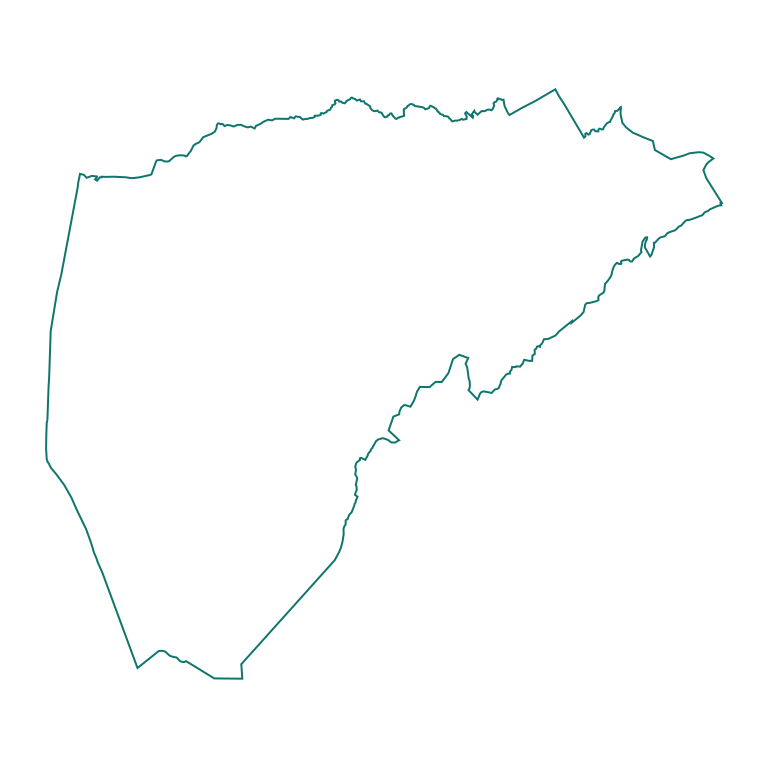 Huixquilucan, México, Mexico (Mercator projection)
{"feature_id": "50627088B22281598163621", "entity_name": "Huixquilucan", "entity_type": "district", "adm_level": 2, "iso_a3": "MEX", "parent_name": "Mexico", "parent_adm1": "México", "projection": "mercator", "projection_center": [-99.319, 19.371], "detail": "fine", "context": "isolated", "style": "outline", "palette": "teal", "viewbox_px": 768, "rotation_deg": 0, "n_neighbors": 0, "source": "geoboundaries", "source_scale": "gbopen_adm2", "svg_char_len": 6066}
<svg xmlns="http://www.w3.org/2000/svg" viewBox="0 0 768 768"><path d="M137.5,668.0L158.8,651.0L162.1,650.8L164.2,651.2L165.5,651.8L169.4,655.5L171.8,656.5L176.8,657.6L179.6,660.7L180.9,661.5L183.2,662.1L184.7,661.9L186.0,661.1L214.2,678.4L242.3,678.7L241.3,664.2L334.7,560.2L339.0,552.3L341.0,547.5L342.6,541.2L343.7,534.0L343.5,528.9L344.4,526.1L345.6,524.6L345.7,520.3L347.7,519.0L349.1,515.0L351.6,512.3L353.9,506.6L354.8,503.6L355.6,502.5L355.8,500.8L357.5,496.7L355.0,494.8L355.4,493.0L356.8,489.7L356.5,486.2L355.8,485.0L357.3,478.0L355.2,474.3L356.0,469.8L355.3,466.7L355.9,464.2L356.7,462.4L359.9,460.0L360.0,458.2L361.0,457.8L365.3,459.9L367.5,455.8L368.0,454.1L369.7,451.8L370.7,450.9L370.8,449.6L372.3,447.9L376.0,441.2L378.0,439.6L382.4,438.2L385.1,438.8L388.4,440.2L391.0,442.3L395.0,442.6L397.5,441.1L399.1,440.3L388.6,430.4L393.4,416.6L399.2,414.3L399.5,411.4L401.3,407.4L404.4,404.9L410.4,406.7L413.9,400.8L415.8,395.8L416.9,391.9L419.8,386.9L429.6,387.1L435.5,381.9L441.7,382.0L448.4,373.2L453.0,359.1L459.3,354.8L468.2,358.0L465.6,363.8L467.2,367.4L468.8,379.1L469.6,381.1L469.9,386.1L469.5,388.4L468.5,390.1L477.6,399.6L480.0,393.7L481.1,392.4L482.1,391.8L483.9,391.4L491.7,392.9L495.0,389.4L496.3,389.2L498.6,388.2L500.6,383.6L501.3,380.5L506.1,374.6L507.8,373.7L509.8,373.7L510.2,371.3L511.4,370.1L512.1,367.0L515.7,367.1L516.3,366.3L520.1,366.6L522.6,363.7L524.2,359.8L529.4,360.9L532.2,360.8L532.4,355.6L534.8,354.0L534.6,350.3L534.9,349.5L535.7,349.2L536.4,348.2L536.9,346.7L537.3,346.4L538.3,346.2L540.0,346.8L540.1,345.4L542.1,343.4L544.0,339.2L548.3,338.9L555.5,335.5L559.2,331.3L571.9,321.1L571.7,322.8L581.5,314.7L581.9,313.8L583.5,312.3L585.3,304.5L586.7,303.2L589.1,303.0L595.7,301.4L598.4,300.2L598.5,299.1L598.2,297.5L598.8,295.9L599.7,295.0L603.6,292.6L604.4,290.3L605.0,284.0L608.0,280.5L610.0,277.7L611.3,275.4L612.6,269.9L614.0,266.2L615.6,264.1L616.8,262.9L617.3,262.9L618.8,263.9L620.9,264.0L621.2,263.7L621.3,263.1L621.0,261.7L621.6,260.8L626.4,259.8L627.8,259.6L628.8,259.8L630.0,261.2L630.5,261.5L632.3,261.3L633.9,258.5L638.2,256.0L641.5,252.0L640.9,250.7L642.5,242.0L643.1,240.7L645.4,237.6L647.1,237.3L646.8,239.7L645.9,241.1L644.9,244.9L644.9,247.4L650.1,256.5L651.3,255.2L654.0,247.3L653.9,242.8L654.9,242.8L658.8,238.5L660.9,237.2L665.0,236.2L667.1,233.4L669.6,232.1L674.8,230.4L676.4,229.2L678.4,226.9L681.1,225.6L685.6,220.7L687.0,220.1L688.8,220.0L692.6,218.9L702.4,215.1L704.6,212.5L705.9,211.7L707.4,211.3L710.2,209.2L716.3,206.5L719.1,205.5L721.3,205.3L720.5,203.2L721.9,203.0L706.3,178.2L703.4,170.1L706.2,164.7L708.3,162.2L713.4,158.5L709.8,156.1L703.3,152.6L698.6,152.2L689.5,153.3L683.8,155.5L670.9,159.2L654.9,150.0L652.9,141.0L644.6,137.8L632.7,132.6L626.1,127.4L622.4,122.9L620.6,114.3L620.6,110.2L621.0,108.6L620.9,107.1L620.0,107.6L618.8,109.4L617.2,110.9L615.9,110.8L614.9,111.3L614.8,112.8L613.1,114.9L613.1,115.8L610.6,120.3L610.1,121.9L609.0,122.1L606.8,123.4L603.8,127.3L603.2,129.2L601.7,129.5L600.5,128.8L599.2,128.7L598.4,129.9L598.3,131.4L595.3,131.2L594.2,129.6L592.6,129.6L591.2,130.3L589.7,134.1L588.4,134.6L586.4,133.1L585.4,133.7L585.3,136.6L584.0,137.6L564.0,103.8L558.7,95.7L555.3,89.3L535.3,101.0L522.3,107.7L509.5,115.0L508.2,113.4L507.2,111.6L504.6,106.1L503.5,99.7L501.8,99.9L500.7,99.2L497.8,98.3L497.2,99.0L497.6,99.9L495.8,101.8L494.4,102.2L493.5,103.4L494.2,105.7L492.4,109.5L491.4,110.3L489.7,109.6L487.5,109.7L485.3,110.9L484.2,111.2L481.8,111.0L477.5,114.7L474.8,112.2L474.3,110.8L471.8,114.2L473.1,116.0L472.8,117.7L466.3,112.0L465.1,113.4L466.7,116.4L466.5,119.0L462.9,119.7L461.6,118.9L459.3,120.1L457.3,120.6L454.9,120.6L452.9,121.3L452.1,121.3L451.7,120.9L450.5,119.2L449.4,118.5L448.3,116.8L446.0,116.1L443.9,116.2L443.0,114.8L440.1,114.0L439.7,113.7L439.5,112.7L437.5,111.4L437.3,110.3L436.4,109.5L435.9,108.5L434.6,108.1L433.9,107.3L430.6,105.8L430.2,105.8L428.9,108.1L425.4,109.3L423.9,107.8L422.7,107.3L414.6,105.9L414.4,105.4L412.2,104.1L410.0,104.2L408.5,105.6L407.6,105.9L406.7,107.5L404.1,109.1L403.7,110.5L404.0,111.3L403.8,112.1L404.1,115.8L401.2,116.8L400.3,116.9L399.1,117.6L398.4,117.5L396.5,118.9L395.4,118.6L393.3,116.4L391.4,113.4L390.2,113.5L389.1,114.9L387.7,115.5L387.5,116.5L385.3,117.3L384.5,117.1L382.5,114.6L382.0,113.2L380.9,112.4L379.2,112.4L377.5,110.6L375.1,111.2L373.8,111.0L372.0,110.1L370.3,107.9L370.2,106.4L366.4,103.8L365.3,103.7L364.0,101.3L361.0,101.3L360.0,99.5L357.9,100.3L356.6,100.5L355.3,99.1L352.9,98.3L352.0,97.6L351.1,97.7L350.0,99.2L346.3,101.1L346.0,101.9L344.8,103.3L342.5,102.8L341.2,101.5L339.0,101.5L338.6,100.3L337.0,99.8L334.9,100.7L334.9,102.1L335.5,103.1L334.8,104.3L332.3,105.2L332.0,106.9L331.1,107.5L330.1,109.7L327.2,110.8L326.5,112.0L323.5,113.6L322.1,113.1L320.8,113.3L320.7,114.7L320.4,115.0L318.8,115.5L314.7,115.8L314.7,116.9L313.3,117.7L309.4,118.1L307.9,118.9L306.8,118.8L303.6,119.3L303.1,119.6L301.5,118.6L300.1,117.1L295.6,116.4L294.1,118.3L290.4,117.0L288.6,118.9L275.2,118.7L272.0,120.4L268.0,119.7L263.5,121.8L260.6,123.8L256.0,125.9L254.6,128.5L250.8,126.6L247.7,127.4L243.8,126.2L241.0,124.8L237.6,124.9L233.7,126.5L229.9,125.3L227.1,125.0L224.6,126.1L222.5,123.9L220.5,124.3L219.5,123.4L218.0,123.5L217.1,124.5L216.7,125.9L216.6,127.9L214.8,131.7L211.5,133.8L203.2,137.2L199.9,141.6L198.9,142.5L195.3,144.1L194.8,144.7L193.5,145.5L190.9,150.8L186.8,156.2L185.8,156.3L184.7,155.6L182.2,155.3L178.3,155.4L176.7,155.7L175.0,156.2L173.1,157.5L169.2,161.1L167.8,161.5L164.4,161.4L161.2,159.9L157.1,160.3L156.6,160.6L155.9,161.9L151.4,174.4L149.5,175.1L139.6,177.3L133.8,178.0L131.2,178.1L126.0,177.3L113.8,176.7L105.9,176.9L101.5,176.7L101.5,177.3L99.8,177.4L97.1,180.7L95.1,179.4L96.8,177.4L97.0,176.5L91.8,175.9L86.7,177.8L83.8,174.8L80.0,173.9L78.1,183.3L77.7,187.3L61.3,274.4L57.1,292.0L50.7,331.0L49.1,378.8L48.6,385.8L47.4,419.8L46.7,423.3L46.3,435.3L46.1,448.5L46.7,459.1L47.5,461.7L49.1,464.0L50.1,466.4L51.8,469.0L55.8,473.6L64.1,484.8L71.5,497.8L76.2,508.6L86.0,528.9L91.1,542.9L94.0,552.7L96.4,558.2L97.6,562.0L102.4,572.8L137.5,668.0Z" fill="none" stroke="#0f766e" stroke-width="2"/></svg>